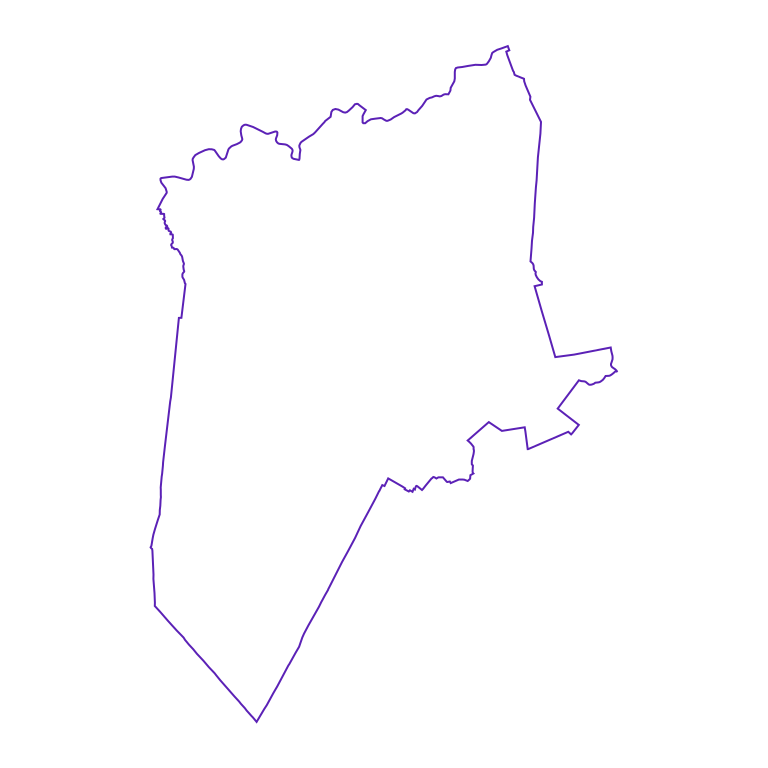 Nga Nam, Sóc Trăng, Vietnam (orthographic projection)
{"feature_id": "81297802B9638596310151", "entity_name": "Nga Nam", "entity_type": "district", "adm_level": 2, "iso_a3": "VNM", "parent_name": "Vietnam", "parent_adm1": "Sóc Trăng", "projection": "orthographic", "projection_center": [105.605, 9.526], "detail": "fine", "context": "isolated", "style": "outline", "palette": "violet", "viewbox_px": 768, "rotation_deg": 0, "n_neighbors": 0, "source": "geoboundaries", "source_scale": "gbopen_adm2", "svg_char_len": 6057}
<svg xmlns="http://www.w3.org/2000/svg" viewBox="0 0 768 768"><path d="M154.8,606.0L160.2,611.9L168.1,621.0L176.6,630.4L183.6,637.6L185.1,640.0L189.0,644.7L193.2,649.2L197.0,653.9L203.3,660.6L209.0,667.3L214.7,673.3L216.3,675.4L220.2,680.2L234.6,696.6L239.1,701.5L240.9,703.8L244.9,708.2L246.6,710.5L251.7,716.2L252.8,717.3L256.6,721.9L264.2,709.1L266.8,705.1L273.4,693.0L277.3,686.3L288.4,665.4L289.2,664.3L295.8,652.4L299.1,646.8L302.3,637.5L304.1,633.5L308.4,625.4L319.0,606.7L321.3,602.0L322.2,600.4L325.1,595.0L328.1,589.8L328.2,589.3L329.8,586.2L342.1,561.9L347.9,551.4L355.1,537.9L360.6,526.1L368.2,512.1L375.4,498.6L379.1,491.1L379.4,490.9L380.5,488.6L382.3,485.1L384.5,486.0L388.2,478.4L402.5,486.6L405.1,488.3L404.7,489.3L408.8,491.5L409.9,490.3L412.5,491.8L413.7,488.8L414.9,489.5L415.5,487.3L416.1,486.1L416.5,485.9L417.3,486.2L422.0,490.0L422.9,489.1L425.7,485.5L431.5,478.5L432.1,478.2L433.3,477.0L434.5,477.3L436.4,478.5L438.3,477.4L438.9,477.3L442.9,477.3L446.8,481.8L447.4,482.0L449.8,481.5L450.7,483.1L459.0,479.5L462.4,479.5L464.3,479.7L467.7,481.0L469.4,479.5L470.1,478.7L470.4,475.2L473.4,473.5L473.1,473.2L472.6,472.1L472.6,470.7L472.9,465.6L472.5,465.0L472.0,464.6L471.8,464.2L471.8,460.9L473.5,454.2L473.9,451.6L473.9,450.1L473.6,449.2L473.6,447.1L473.4,446.6L471.0,443.6L469.4,442.0L467.7,440.5L488.8,422.1L501.9,430.9L524.7,427.3L525.4,431.5L527.7,449.1L528.2,449.1L567.8,432.0L568.3,431.8L571.1,434.4L572.2,433.3L578.8,424.9L565.8,414.9L557.7,408.6L578.9,380.3L581.2,381.1L584.4,381.4L585.6,381.8L588.8,384.5L589.9,384.8L591.6,384.6L593.8,383.8L595.3,382.7L598.3,382.4L599.6,382.1L600.8,381.4L602.8,379.9L604.2,378.2L605.6,376.0L609.1,375.8L610.1,375.5L611.7,374.5L613.6,373.0L615.0,371.7L615.6,371.4L616.4,371.3L617.4,371.9L616.3,370.4L615.2,369.3L612.2,367.2L611.6,366.5L611.0,365.1L611.0,363.9L611.4,362.8L612.5,359.4L612.6,357.9L612.5,355.9L611.3,351.2L610.7,347.5L580.9,353.3L574.1,354.6L555.3,357.1L549.2,336.0L541.7,310.9L534.6,286.2L541.9,284.5L541.9,281.8L540.4,281.2L538.4,279.4L536.9,277.3L535.8,275.1L535.5,273.7L535.8,272.0L534.4,270.4L533.8,268.9L533.6,265.6L533.2,264.3L532.4,263.1L530.5,261.4L531.5,248.8L532.0,240.7L533.0,232.8L533.2,227.0L534.1,217.9L534.8,203.4L535.9,187.5L536.6,180.4L537.9,157.4L540.4,133.7L541.0,121.9L530.0,99.8L530.4,96.7L525.6,85.5L524.2,81.3L524.0,78.8L516.1,75.6L514.6,74.8L513.8,71.9L513.1,70.9L511.9,67.7L507.3,55.2L506.3,51.6L509.3,50.3L507.8,46.1L501.5,48.4L497.2,49.8L493.3,52.1L492.2,53.0L491.4,55.4L490.8,57.8L488.9,61.2L486.9,63.9L485.8,64.6L481.6,65.0L475.4,64.8L468.3,65.9L462.2,67.0L457.7,67.5L455.9,68.1L455.2,69.4L454.8,71.9L454.8,78.5L454.3,81.3L450.7,87.8L450.4,90.6L448.4,94.3L445.1,94.2L443.6,94.6L441.4,96.0L439.8,96.4L437.9,96.0L436.1,95.8L434.3,96.3L431.9,97.4L429.7,97.9L426.5,99.5L422.2,105.9L418.4,110.2L417.1,112.0L414.9,113.4L413.4,113.2L408.4,109.8L407.3,109.2L406.3,109.2L405.5,110.3L402.6,112.7L401.3,113.5L394.1,117.1L390.7,119.5L387.6,120.8L386.3,120.8L383.9,119.5L382.1,118.3L380.7,118.0L375.1,118.7L370.9,119.3L367.5,121.2L365.2,123.2L363.3,123.2L362.6,122.4L362.6,116.1L363.5,114.2L365.8,110.1L359.2,105.1L358.1,104.1L357.0,103.8L354.9,104.3L352.6,107.1L348.7,110.7L346.9,112.1L345.2,112.6L343.2,112.2L338.4,109.6L335.4,109.0L332.8,109.9L331.4,111.9L330.6,116.8L325.2,121.0L324.3,122.3L323.0,123.6L315.1,132.4L313.3,134.1L309.1,136.6L301.4,141.9L300.4,143.1L299.5,145.1L299.3,145.8L299.5,147.4L300.2,149.3L300.4,150.0L299.8,153.8L299.5,158.7L299.2,159.8L298.8,159.9L293.5,158.8L292.1,157.9L291.7,157.3L291.4,155.7L291.5,154.7L292.4,151.9L292.6,150.8L292.4,149.7L291.8,148.7L288.5,146.0L286.8,144.9L285.0,144.4L279.2,143.8L278.1,143.3L277.0,142.3L276.1,140.8L275.8,139.4L276.0,138.4L277.2,135.2L277.4,132.6L277.1,132.0L276.6,131.6L275.2,131.5L268.2,133.8L267.1,133.8L265.7,133.4L262.8,131.8L253.1,127.0L246.6,124.8L245.3,124.7L244.3,124.9L242.9,125.8L241.8,126.8L241.0,128.9L240.7,131.3L241.3,135.3L242.2,138.6L242.3,139.3L242.0,140.2L241.1,141.5L240.0,142.5L236.9,144.1L232.4,145.8L231.3,146.4L229.0,148.5L228.4,149.5L225.8,157.6L224.2,159.0L223.3,159.4L222.1,159.3L220.8,158.5L218.8,156.3L214.7,150.4L214.1,149.9L211.8,149.3L208.8,149.2L205.0,150.2L198.9,153.0L195.3,155.1L193.5,157.5L192.7,159.0L192.6,160.2L193.9,166.7L193.8,168.9L191.9,176.8L190.5,178.9L189.5,179.6L188.5,179.9L186.4,179.7L178.6,177.5L174.8,176.6L172.3,176.6L161.6,178.0L160.8,178.3L160.5,178.7L160.5,180.1L161.3,182.6L165.6,188.2L166.7,191.8L166.7,192.8L162.7,198.9L157.5,209.2L159.3,209.4L159.8,209.2L160.3,209.3L160.6,209.7L160.6,209.9L160.0,210.8L160.0,211.1L160.5,211.6L160.8,211.7L161.1,212.2L161.1,212.5L160.5,213.3L160.4,213.6L160.5,213.8L163.8,213.9L164.1,214.0L164.2,216.2L164.5,217.5L164.4,217.9L163.3,218.9L163.3,219.1L164.8,220.3L165.1,220.8L165.1,221.3L164.9,221.6L164.7,222.4L164.7,223.2L165.2,224.4L165.8,225.1L166.6,225.4L167.0,225.8L167.2,226.2L167.2,226.5L166.2,227.0L165.8,227.4L165.7,227.9L165.8,228.5L166.1,228.8L166.4,228.8L167.7,228.2L168.1,228.2L168.5,228.6L168.5,230.0L168.6,230.6L169.0,231.0L170.6,231.6L171.0,232.1L171.1,232.4L171.1,232.7L170.6,233.4L170.3,233.9L170.4,234.3L172.3,234.4L172.6,234.5L172.8,234.8L172.9,238.2L172.3,239.3L172.2,239.9L172.3,240.6L172.7,241.2L172.8,242.4L172.6,243.0L171.4,244.2L171.2,244.7L171.2,245.3L171.7,246.1L172.0,247.6L173.1,247.7L173.5,247.8L174.3,249.1L174.7,249.2L176.2,249.0L176.9,249.1L177.6,249.5L179.8,252.7L180.5,254.4L181.3,255.2L181.8,256.0L182.2,257.1L182.9,260.9L183.9,263.5L183.9,264.1L183.3,265.8L183.3,266.7L183.7,269.6L184.2,271.1L184.2,271.5L184.0,271.9L183.4,272.5L182.7,273.5L182.4,274.4L182.4,276.9L182.7,277.6L184.1,279.9L184.9,283.2L185.5,284.0L181.4,317.8L178.9,317.9L170.9,397.5L170.2,401.5L164.9,446.3L163.1,462.3L162.9,465.8L162.1,474.0L161.7,476.5L160.7,487.5L160.8,490.1L160.8,494.9L160.9,497.1L160.6,499.7L160.3,505.9L159.8,510.0L159.7,514.5L157.9,519.8L155.0,529.0L153.4,534.6L152.7,538.1L151.5,545.3L151.2,546.3L150.7,547.1L150.6,547.4L151.3,548.3L152.1,548.9L152.4,550.6L153.5,574.6L153.4,578.9L154.5,593.0L154.9,602.8L154.8,606.0Z" fill="none" stroke="#5b21b6" stroke-width="2"/></svg>